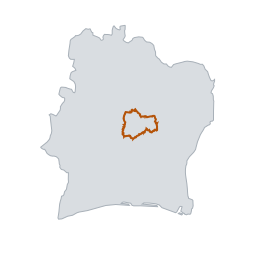 Gbeke, Vallée du Bandama, Ivory Coast (highlighted), rotated 9°
{"feature_id": "98640826B94469137469464", "entity_name": "Gbeke", "entity_type": "district", "adm_level": 2, "iso_a3": "CIV", "parent_name": "Ivory Coast", "parent_adm1": "Vallée du Bandama", "projection": "natural_earth1", "projection_center": [-5.149, 7.692], "detail": "fine", "context": "in_parent", "style": "outline", "palette": "amber", "viewbox_px": 256, "rotation_deg": 9, "n_neighbors": 0, "source": "geoboundaries", "source_scale": "gbopen_adm2", "svg_char_len": 7977}
<svg xmlns="http://www.w3.org/2000/svg" viewBox="0 0 256 256"><g transform="rotate(9 128 128)"><path d="M61.8,44.9L62.6,44.9L64.7,44.2L66.6,42.6L68.4,39.2L70.8,36.5L73.5,36.7L74.3,36.2L75.2,36.1L76.3,37.9L77.5,39.3L78.3,39.3L78.9,41.8L83.8,42.9L85.9,43.6L87.7,45.5L88.3,45.5L89.0,45.1L89.6,44.5L89.7,43.8L89.0,42.1L89.3,40.6L90.1,39.2L91.4,39.1L93.3,38.8L95.5,38.8L97.1,39.0L97.7,37.6L97.1,33.8L97.3,31.8L97.6,30.0L98.2,29.3L100.6,31.5L102.8,32.3L104.4,32.4L104.9,31.9L104.2,29.5L104.4,28.8L105.0,28.4L106.0,28.1L108.9,27.1L109.2,27.3L109.7,31.1L109.4,32.4L110.0,35.0L110.8,37.4L110.7,38.4L110.1,39.9L109.4,41.2L109.5,41.8L110.6,42.7L112.8,43.7L115.0,43.9L116.3,42.5L117.6,41.4L118.5,40.3L118.8,38.8L120.2,37.7L124.3,36.3L128.0,36.1L128.9,36.6L130.6,38.7L132.8,40.1L136.0,39.9L138.4,40.8L140.5,42.4L141.8,46.0L143.3,48.6L144.0,52.3L146.4,54.2L148.2,55.1L150.7,57.8L153.4,59.1L156.1,58.8L157.3,60.2L159.3,61.2L161.4,61.3L163.1,58.2L165.5,57.0L171.4,54.5L173.7,53.4L176.1,52.7L181.8,52.5L187.1,53.2L189.7,53.8L191.5,53.4L193.2,54.8L195.0,57.9L196.5,58.9L197.9,60.0L199.0,62.4L200.3,64.8L201.0,65.9L202.6,68.2L204.0,68.3L205.3,67.3L205.9,66.5L206.2,68.1L205.7,70.6L205.8,72.2L206.5,72.8L206.1,74.8L204.6,78.3L204.5,80.3L206.1,80.9L207.2,83.1L207.9,86.8L208.6,88.1L208.6,88.8L209.8,97.8L211.2,106.8L210.3,108.0L209.1,108.3L208.3,108.7L208.1,109.6L208.6,110.8L208.2,111.9L206.7,112.7L203.4,115.6L203.2,116.7L202.3,119.1L201.6,120.6L200.5,123.4L198.8,130.7L198.2,136.7L198.1,138.6L197.5,139.9L196.7,141.7L193.1,146.9L191.3,151.2L191.6,153.0L191.6,154.8L191.1,156.2L191.2,159.8L191.6,162.7L192.3,165.7L194.9,174.0L196.2,179.0L197.1,183.1L197.8,185.8L198.5,186.9L198.8,188.0L202.7,188.8L203.4,189.4L204.5,194.7L204.3,197.1L203.5,198.0L203.6,200.0L203.4,202.5L202.8,203.5L200.7,203.6L199.2,204.6L197.3,204.2L197.1,203.6L196.1,203.4L193.2,201.9L193.7,197.3L192.3,197.1L191.3,197.7L189.3,203.3L188.3,204.2L174.0,201.4L170.9,199.1L167.2,198.5L160.7,198.8L155.4,199.5L153.9,200.9L167.3,200.1L168.8,200.2L169.5,201.1L152.4,202.9L145.9,204.0L144.0,203.7L142.5,201.9L135.5,201.7L134.0,202.3L133.1,203.6L135.9,203.3L140.3,203.2L141.5,204.2L127.8,205.5L118.2,208.0L114.2,209.8L100.9,215.9L92.8,218.7L90.7,219.8L87.0,222.8L82.2,224.6L76.9,228.1L73.7,228.9L72.9,227.8L72.9,221.9L72.4,214.0L72.6,211.0L73.0,208.1L73.0,205.8L74.6,204.9L75.1,203.9L75.3,200.9L76.8,198.1L76.9,193.2L77.3,192.2L77.7,190.9L77.0,187.7L76.2,181.7L75.8,181.3L75.4,181.6L74.5,181.7L71.2,179.6L68.6,179.3L66.8,177.5L66.7,175.5L65.8,174.3L65.2,172.0L64.3,169.3L61.8,167.6L59.4,167.3L57.7,167.6L55.7,167.5L53.5,166.6L51.9,165.6L50.4,163.6L49.0,162.1L47.9,162.3L46.6,161.9L45.3,161.2L44.8,160.6L50.4,154.4L52.2,151.3L52.5,149.5L52.5,147.6L53.1,145.7L53.2,142.7L50.2,132.0L49.4,128.7L48.6,127.7L48.1,127.4L49.6,126.0L51.8,126.4L55.0,127.4L55.7,126.4L58.2,121.0L58.2,119.0L57.9,117.6L59.4,113.9L60.5,112.5L61.1,110.9L60.9,108.8L60.1,108.0L58.9,108.2L57.6,107.7L55.5,106.4L54.4,105.4L54.8,100.5L55.0,99.0L55.7,98.1L56.8,97.9L60.1,97.7L62.7,98.3L65.0,98.6L66.2,98.6L67.2,100.0L68.5,101.5L69.7,101.5L70.1,100.4L69.8,95.6L69.1,93.0L67.3,90.6L62.8,88.5L62.7,85.6L63.1,82.4L64.1,81.2L67.5,79.2L66.9,78.1L65.8,76.9L63.7,75.8L64.2,72.0L64.3,68.6L62.5,68.9L60.6,69.1L59.1,68.1L57.8,66.0L57.5,60.4L57.5,53.8L57.3,50.9L57.8,49.4L59.4,47.9L61.2,46.1L61.8,44.9ZM195.4,204.3L194.7,205.5L191.1,204.7L191.9,203.7L195.4,204.3Z" fill="#d9dde1" stroke="#a8b0b8" stroke-width="1"/><path d="M152.4,128.3L152.5,128.1L152.6,127.9L152.5,127.7L152.8,127.3L153.1,127.3L153.3,127.1L153.6,127.1L153.9,126.9L153.9,126.7L154.1,126.7L154.1,126.4L154.2,126.1L154.3,126.0L154.5,125.8L154.7,125.7L154.8,125.6L154.9,125.4L155.0,125.4L155.2,125.5L155.3,125.5L155.5,125.5L155.8,125.6L155.9,125.8L156.0,125.9L156.2,126.0L156.3,126.0L156.6,125.8L156.7,125.7L156.8,125.8L156.9,125.7L157.0,125.6L156.9,124.3L156.8,124.0L156.6,123.8L156.6,123.5L156.6,122.9L156.5,122.7L156.5,122.2L156.4,121.8L156.4,121.7L156.2,121.2L156.1,120.9L155.9,120.7L155.8,120.4L155.8,120.2L155.9,119.7L156.0,119.0L155.9,119.1L155.7,119.1L155.3,118.9L155.1,118.9L155.0,119.2L154.9,119.1L155.0,118.9L154.9,118.7L155.0,118.6L155.1,118.4L154.8,118.2L154.7,118.1L154.4,118.0L154.2,117.9L154.1,117.7L153.9,117.2L153.7,117.2L154.2,115.0L153.7,114.5L153.4,114.3L153.3,114.1L153.0,113.5L152.5,112.2L152.1,112.0L151.9,111.9L151.7,111.9L151.4,112.0L150.8,112.1L150.2,112.4L150.3,112.5L150.3,112.8L150.2,112.9L149.2,112.9L148.1,113.1L147.9,113.2L145.0,114.4L144.6,114.1L144.4,113.8L144.0,113.7L143.3,113.6L143.2,113.7L143.1,114.0L143.0,113.8L142.8,113.8L142.7,113.8L142.4,113.8L142.0,114.0L141.9,114.1L141.7,114.2L141.4,114.4L140.9,114.3L140.6,114.4L140.1,114.4L139.8,114.5L139.6,114.5L139.4,114.6L139.2,114.8L139.1,115.0L137.8,113.6L137.8,112.6L137.2,112.3L136.2,111.7L135.8,111.5L135.6,111.6L135.4,111.5L135.4,111.4L135.3,111.2L135.0,110.9L134.9,110.7L134.7,110.5L134.6,110.4L134.4,110.4L133.9,110.1L133.7,109.9L133.4,110.1L133.2,110.1L132.9,109.6L132.7,109.4L132.5,109.1L132.6,108.9L132.4,108.8L132.4,108.7L132.2,108.4L132.1,108.5L132.3,108.9L132.4,109.1L132.3,109.3L132.3,109.5L132.3,110.1L132.2,110.2L131.9,110.2L131.7,110.0L131.3,109.9L131.0,109.7L130.8,109.7L130.7,109.9L130.6,110.0L130.4,110.0L130.2,110.0L130.2,109.7L129.9,109.6L129.9,109.8L129.7,109.9L129.3,109.9L129.2,109.5L129.1,109.4L128.9,109.6L129.0,109.9L129.0,110.0L129.0,110.3L129.1,110.7L129.1,110.8L128.8,110.8L128.8,111.0L128.8,111.4L128.7,111.4L128.4,111.5L128.3,111.8L128.3,112.1L128.2,112.1L127.9,112.0L128.0,112.3L127.8,112.4L127.7,112.5L123.2,112.6L123.1,112.8L123.1,113.0L123.1,113.3L123.1,113.5L123.0,113.8L122.9,114.0L122.7,114.1L122.7,114.3L122.8,114.7L122.8,114.9L122.7,115.2L122.7,115.3L122.5,115.5L122.3,115.9L122.3,116.0L122.2,116.7L122.2,116.8L122.3,117.0L122.3,117.4L122.2,117.7L122.2,117.9L122.1,118.0L122.1,118.3L122.2,118.7L122.3,118.9L122.4,119.0L122.4,119.3L122.2,119.6L122.8,120.6L123.0,121.3L124.2,122.7L124.4,122.8L124.3,124.1L124.4,125.1L123.9,125.4L123.5,125.5L124.0,126.0L124.4,126.9L124.2,127.7L123.4,127.8L123.5,128.1L123.8,128.3L123.8,128.5L123.7,128.5L123.8,128.7L123.8,128.8L123.7,128.9L123.6,129.1L123.3,129.1L123.2,129.2L123.1,129.3L123.1,129.5L123.2,129.9L123.1,130.0L123.3,130.1L123.4,130.3L123.6,130.4L123.6,130.5L123.6,131.0L123.4,131.4L123.4,131.8L123.2,132.0L123.2,132.5L123.3,132.9L123.5,133.4L123.6,133.5L123.8,133.5L124.0,133.5L124.3,133.6L124.4,133.8L124.2,134.2L124.1,134.3L123.8,134.4L123.5,134.7L123.5,134.8L123.6,135.0L124.0,135.4L124.2,135.5L124.8,135.7L125.0,135.9L125.3,136.2L125.4,136.4L125.3,136.7L125.3,136.9L125.4,137.2L125.5,137.0L125.8,136.6L126.5,136.6L126.6,136.4L127.3,136.4L127.7,136.1L128.3,136.0L129.5,135.7L129.9,135.5L130.1,135.3L130.3,135.5L130.5,135.4L130.7,135.5L130.9,135.4L131.3,135.4L131.4,135.6L131.3,136.0L131.5,136.2L131.9,136.1L132.1,136.3L132.3,137.2L132.4,137.4L132.7,137.5L133.6,137.5L133.9,137.4L134.3,137.4L134.7,137.6L134.9,137.6L135.0,137.6L135.0,137.8L135.7,136.9L135.9,136.7L136.0,136.5L136.3,136.1L136.4,135.9L136.8,136.1L137.0,136.2L137.4,135.9L137.5,135.7L137.6,135.3L137.6,135.1L137.7,134.9L137.8,134.7L138.0,134.5L138.2,134.4L138.3,134.3L138.5,134.1L138.8,134.1L139.0,134.0L139.9,133.4L140.0,133.3L140.0,133.1L140.1,132.9L140.1,132.7L140.0,132.4L140.4,132.3L140.5,132.2L140.8,132.1L141.2,132.2L141.4,132.2L141.5,132.1L141.7,131.9L141.9,131.4L142.4,130.8L142.5,130.6L143.2,130.0L143.3,130.1L143.4,130.3L143.5,130.4L143.5,130.2L143.7,129.9L143.9,129.6L144.1,129.5L144.4,129.7L144.5,129.8L144.6,129.7L145.0,129.9L145.2,129.7L145.2,129.4L145.2,129.2L145.2,128.8L145.1,128.5L145.3,128.2L145.4,127.9L145.6,127.7L145.8,127.5L146.0,126.9L146.3,126.8L146.3,125.7L146.6,125.9L146.8,125.9L147.0,126.0L147.1,126.5L147.5,126.9L147.8,127.1L148.0,127.0L148.4,127.1L148.6,127.1L148.9,127.2L149.3,126.7L149.8,127.4L149.9,127.5L150.0,127.5L150.3,128.0L150.3,128.3L150.6,128.4L150.7,128.2L150.7,128.3L150.8,128.3L151.1,128.4L151.3,128.5L151.6,128.6L151.8,128.7L152.0,128.6L152.1,128.4L152.3,128.3L152.4,128.3Z" fill="none" stroke="#b45309" stroke-width="2"/></g></svg>